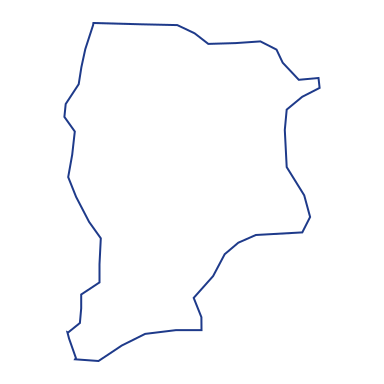 outline of Degerfors, Orebro, Sweden
{"feature_id": "70781695B62731669961325", "entity_name": "Degerfors", "entity_type": "district", "adm_level": 2, "iso_a3": "SWE", "parent_name": "Sweden", "parent_adm1": "Orebro", "projection": "natural_earth1", "projection_center": [14.445, 59.163], "detail": "fine", "context": "isolated", "style": "outline", "palette": "blue", "viewbox_px": 384, "rotation_deg": 0, "n_neighbors": 0, "source": "geoboundaries", "source_scale": "gbopen_adm2", "svg_char_len": 734}
<svg xmlns="http://www.w3.org/2000/svg" viewBox="0 0 384 384"><path d="M67.4,332.2L69.0,338.4L75.9,358.0L75.1,359.3L98.5,361.0L121.8,345.5L145.1,333.9L176.2,330.1L201.5,330.1L201.4,317.2L193.7,297.9L213.1,276.1L224.7,254.2L238.3,242.7L255.8,235.0L302.3,232.4L303.3,230.4L310.1,217.0L304.2,195.3L286.7,167.1L284.8,130.0L286.7,109.6L302.2,96.8L319.6,87.9L318.5,78.0L298.8,79.8L282.7,62.7L276.5,49.6L260.4,41.4L235.6,43.1L208.3,43.9L194.6,33.3L177.3,25.1L141.3,24.3L93.4,23.0L93.1,25.1L85.3,49.1L81.4,67.1L78.7,84.2L65.7,104.0L64.4,116.9L74.8,131.5L72.2,154.7L68.2,177.1L76.1,196.9L89.1,221.9L100.8,238.3L99.5,264.2L99.5,282.4L81.2,294.5L81.2,308.3L79.9,323.0L68.1,332.5L67.4,332.2Z" fill="none" stroke="#1e3a8a" stroke-width="2"/></svg>